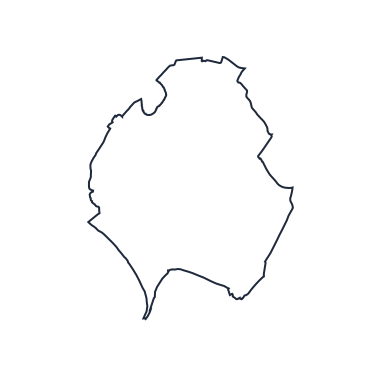 outline of Sulina, Tulcea, Romania, rotated 123°
{"feature_id": "2599482B90058353737957", "entity_name": "Sulina", "entity_type": "district", "adm_level": 2, "iso_a3": "ROU", "parent_name": "Romania", "parent_adm1": "Tulcea", "projection": "equal_earth", "projection_center": [29.526, 45.139], "detail": "fine", "context": "isolated", "style": "outline", "palette": "slate", "viewbox_px": 384, "rotation_deg": 123, "n_neighbors": 0, "source": "geoboundaries", "source_scale": "gbopen_adm2", "svg_char_len": 5866}
<svg xmlns="http://www.w3.org/2000/svg" viewBox="0 0 384 384"><g transform="rotate(123 192 192)"><path d="M154.6,290.2L155.1,290.1L158.2,290.5L158.8,290.7L166.3,291.8L166.6,291.8L166.9,291.6L166.8,292.2L166.7,292.3L166.6,292.9L166.6,294.4L166.9,295.2L167.9,296.1L170.1,296.6L170.0,297.0L169.8,297.7L169.7,297.7L169.8,298.0L170.0,298.1L174.8,298.1L175.5,297.9L176.1,297.7L176.8,296.5L180.4,298.2L183.0,298.3L183.2,297.6L183.2,297.1L183.5,296.3L183.3,295.2L183.8,295.1L188.7,295.0L193.3,294.4L196.1,293.8L198.4,293.4L206.6,293.4L211.3,293.5L211.9,293.4L213.9,293.0L215.5,293.1L217.8,293.1L220.2,292.9L221.3,292.8L224.4,292.1L227.6,289.9L229.3,288.1L232.3,286.4L234.7,284.9L239.6,283.9L241.9,282.5L244.4,280.7L245.0,279.9L245.3,279.1L245.1,277.5L244.9,276.2L244.7,275.7L245.8,275.3L246.9,276.2L248.4,276.6L249.2,276.6L249.9,276.4L250.7,275.7L251.6,274.9L252.1,274.3L252.3,273.6L253.5,272.8L254.1,272.1L254.1,270.8L255.0,270.3L255.3,269.4L255.2,268.5L255.4,267.7L255.3,267.1L255.6,266.5L255.6,266.0L256.1,264.8L255.9,263.7L255.4,262.7L255.4,262.1L255.8,261.3L258.7,259.3L259.7,258.3L260.1,258.0L262.2,258.9L264.6,259.7L268.4,260.9L273.7,262.6L274.3,259.1L274.5,256.9L274.4,255.4L274.7,252.8L275.4,249.9L275.1,245.4L275.4,242.7L275.6,241.8L277.7,231.6L279.2,225.6L280.7,221.9L281.8,218.1L283.4,213.4L283.7,211.3L284.9,208.2L285.9,207.2L286.3,205.8L289.1,199.3L291.9,193.5L295.2,187.7L299.5,180.9L301.1,177.6L305.8,172.4L309.3,169.7L312.0,167.3L314.4,166.2L317.1,165.0L319.3,164.7L324.5,163.9L323.6,162.7L323.8,161.7L320.3,161.5L316.2,161.9L314.0,162.4L312.9,162.7L313.5,163.1L301.7,166.2L300.3,166.0L295.9,168.6L291.7,169.4L290.5,169.6L280.7,169.7L275.9,168.8L273.8,168.2L271.7,168.4L271.9,168.0L271.2,168.5L271.2,169.2L270.8,169.4L270.1,168.4L269.1,167.9L268.2,167.0L267.3,165.8L266.4,164.2L264.2,161.8L263.0,159.4L262.3,156.5L260.9,151.9L259.7,147.2L258.7,141.7L257.5,136.0L256.4,126.8L255.5,121.4L253.3,113.7L253.2,110.5L252.9,108.6L254.0,108.7L257.8,104.1L257.3,103.8L256.0,103.2L255.5,102.8L255.5,102.7L256.1,101.7L256.3,101.5L257.3,101.0L257.4,100.7L257.5,100.1L257.4,99.7L257.5,98.0L257.6,97.2L257.7,96.7L257.6,96.3L257.2,95.7L256.8,95.4L256.0,95.1L255.8,94.7L255.4,94.5L255.1,94.5L254.7,94.3L254.9,94.1L255.1,93.0L254.9,92.8L255.1,92.8L255.0,92.3L254.9,92.0L254.5,91.8L253.8,91.6L253.6,91.6L253.2,91.7L252.9,91.5L252.2,91.4L251.6,91.6L251.1,91.6L249.9,91.4L249.6,91.1L249.3,90.6L249.1,90.5L248.4,90.2L247.9,89.9L246.3,89.4L245.7,89.4L242.0,89.2L238.4,88.8L233.7,88.1L229.3,87.3L226.8,86.7L224.0,86.0L223.8,86.0L223.8,85.8L223.6,85.7L221.9,87.0L216.1,89.6L211.5,91.6L211.1,91.9L210.9,92.2L210.7,92.5L210.7,92.8L207.9,92.9L203.3,92.9L199.7,93.0L185.3,94.6L181.0,95.2L174.7,95.8L163.8,97.1L159.4,98.1L151.6,98.6L150.3,98.8L148.6,100.4L148.0,101.1L146.2,104.1L145.9,104.6L145.3,105.2L144.6,105.6L143.7,106.2L141.2,106.9L137.4,108.3L135.3,109.2L133.5,110.1L134.0,110.5L134.8,111.4L136.1,113.3L137.7,116.4L138.1,117.5L138.3,118.1L138.6,119.2L138.8,121.7L138.8,122.9L138.7,123.6L138.6,124.1L138.2,125.6L137.6,126.9L137.5,127.5L137.3,128.0L137.1,128.6L135.6,134.3L134.9,136.6L133.1,140.4L131.9,142.8L128.7,148.2L128.1,149.3L128.2,149.5L128.3,149.7L128.3,149.8L128.3,150.0L127.9,150.3L127.0,151.9L126.8,152.4L126.7,153.0L126.7,153.3L126.9,153.4L127.1,153.5L126.8,153.8L126.9,154.2L126.6,155.5L125.9,156.1L119.0,155.6L103.3,155.2L102.0,155.4L100.9,156.5L100.6,156.5L101.0,156.9L101.1,157.2L101.0,157.5L100.8,157.7L101.2,158.4L101.3,158.7L101.1,159.4L99.7,161.8L99.3,162.2L97.8,163.2L97.0,164.1L96.2,165.3L95.0,167.5L93.9,169.7L93.4,171.6L92.9,173.3L92.9,173.7L92.8,174.5L92.5,175.4L91.5,179.4L90.4,181.9L88.8,187.5L88.2,188.3L85.8,190.7L84.4,192.4L83.8,193.7L83.1,196.4L82.6,198.0L82.0,198.7L80.2,199.7L79.0,200.0L77.7,200.5L76.9,201.2L75.4,206.8L74.8,208.5L74.4,210.0L74.3,211.0L74.4,211.9L74.9,212.7L74.9,213.1L74.6,213.8L74.3,214.1L74.1,214.5L71.9,215.0L70.3,215.3L66.4,215.4L65.5,215.6L64.6,215.7L62.5,215.5L61.0,215.2L59.6,215.0L60.9,217.6L61.8,219.9L62.0,220.6L62.1,222.0L62.1,223.1L61.3,232.1L61.2,234.3L61.4,238.2L61.5,238.6L61.8,239.1L62.1,239.7L62.4,239.6L62.6,239.5L63.3,239.3L66.9,238.3L67.5,238.2L68.1,238.4L68.7,238.9L68.9,239.4L72.3,248.8L73.3,251.2L73.5,251.5L74.9,251.9L75.8,254.1L76.0,254.2L76.6,254.3L76.9,254.9L76.9,255.1L75.7,255.9L74.0,256.9L75.7,259.0L77.5,261.2L90.1,276.8L90.7,276.9L94.7,276.1L94.9,276.1L95.6,276.5L97.4,278.6L98.1,279.3L98.8,279.5L100.5,279.9L103.7,280.4L107.4,281.1L110.8,281.6L113.3,282.2L114.6,282.3L116.5,282.7L117.1,282.8L117.5,282.8L117.7,282.6L117.7,282.2L117.8,281.9L117.7,281.7L117.8,281.4L117.8,281.1L117.9,279.2L118.0,279.1L117.9,278.8L118.1,278.7L118.0,278.2L118.1,277.9L118.3,277.0L118.5,276.6L118.6,275.6L118.7,275.3L118.8,275.2L119.0,274.8L119.2,274.5L119.3,274.2L119.5,273.9L119.7,273.3L119.6,273.0L119.7,272.8L119.9,272.7L120.2,271.9L121.0,270.9L121.0,270.7L121.5,270.3L121.9,269.7L122.0,269.6L122.4,269.0L122.7,268.3L122.9,268.1L123.5,267.5L123.9,267.3L124.1,266.9L124.5,266.8L124.8,266.4L125.8,266.1L126.4,266.1L126.7,266.0L126.8,266.0L127.0,266.1L127.5,266.1L128.3,265.8L128.8,265.8L129.1,265.7L129.3,265.7L129.5,265.8L130.3,265.6L130.5,265.7L130.5,265.8L132.0,265.7L133.1,265.7L133.7,265.9L133.9,265.8L134.1,265.9L135.0,265.9L136.7,266.2L136.7,266.3L136.9,266.4L137.0,266.3L137.5,266.3L137.9,266.4L138.5,266.9L139.5,267.4L140.1,267.4L140.4,267.2L140.9,267.2L141.6,267.3L141.8,267.3L142.0,267.0L143.3,266.8L145.3,266.7L145.8,266.8L146.1,267.0L146.8,267.1L147.2,267.3L149.3,268.3L150.3,269.3L150.6,269.8L151.4,270.8L151.8,271.7L151.9,273.3L151.7,273.5L152.0,273.8L151.7,275.3L151.4,276.0L151.0,276.3L150.7,276.6L150.8,277.3L150.4,277.8L150.1,277.7L150.0,278.0L149.3,279.1L148.2,279.8L147.6,280.4L147.0,281.3L146.0,281.6L145.4,282.3L143.9,283.3L141.7,285.3L142.8,286.0L143.4,286.2L143.7,286.4L144.0,286.5L146.0,287.7L147.6,288.7L148.6,289.2L154.6,290.2Z" fill="none" stroke="#1e293b" stroke-width="2"/></g></svg>